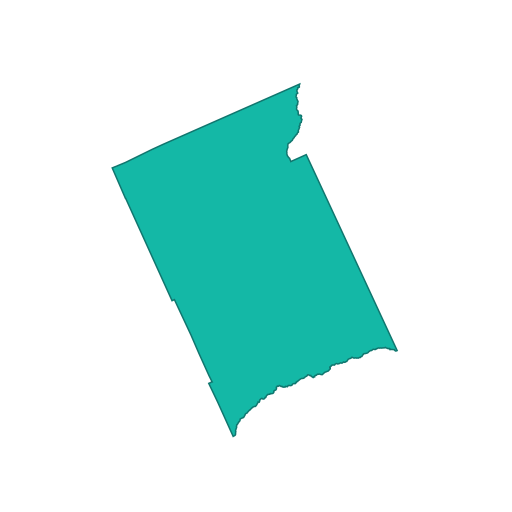 Tandil, Buenos Aires, Argentina (Albers equal-area conic projection), rotated 202°
{"feature_id": "61730980B95090625918861", "entity_name": "Tandil", "entity_type": "district", "adm_level": 2, "iso_a3": "ARG", "parent_name": "Argentina", "parent_adm1": "Buenos Aires", "projection": "albers", "projection_center": [-59.395, -37.335], "detail": "fine", "context": "isolated", "style": "filled", "palette": "teal", "viewbox_px": 512, "rotation_deg": 202, "n_neighbors": 0, "source": "geoboundaries", "source_scale": "gbopen_adm2", "svg_char_len": 6039}
<svg xmlns="http://www.w3.org/2000/svg" viewBox="0 0 512 512"><g transform="rotate(202 256 256)"><path d="M279.9,431.8L383.8,324.9L392.1,316.1L412.1,293.8L422.3,283.8L398.6,260.5L398.4,260.6L317.1,183.1L315.3,185.0L286.7,158.4L272.4,144.3L254.8,127.5L249.6,122.9L249.9,122.8L250.2,122.6L250.2,122.3L250.5,121.8L250.6,121.5L251.6,120.8L251.7,120.6L251.8,120.5L252.1,120.2L236.6,106.0L209.6,80.2L209.3,80.7L208.6,81.3L208.3,81.9L208.1,82.3L208.2,83.2L208.3,83.5L208.5,83.7L208.6,84.3L208.8,84.6L208.9,85.6L209.3,85.9L209.7,87.0L209.6,87.5L209.8,88.6L209.7,89.6L210.0,90.4L210.3,90.6L210.3,91.5L210.5,91.7L210.6,92.4L210.1,93.2L210.1,94.0L209.9,94.5L210.0,95.0L209.7,95.3L209.8,95.9L209.2,97.0L209.3,97.8L209.6,98.9L208.3,100.5L207.8,100.8L207.6,101.3L207.2,101.4L206.9,102.0L206.8,103.1L206.6,104.1L206.7,105.0L206.6,105.5L206.5,105.9L205.4,107.2L205.3,107.5L205.3,108.0L205.0,108.7L204.7,109.6L204.3,110.5L204.3,110.8L204.1,111.0L203.8,111.1L203.7,111.3L203.7,111.5L203.2,112.9L203.1,113.3L202.9,113.6L202.4,114.1L202.2,114.9L200.7,116.2L200.2,116.3L199.7,117.6L199.4,120.1L199.2,120.9L199.2,121.2L199.3,121.4L198.3,121.6L198.2,122.3L198.2,122.6L198.4,122.9L198.3,123.4L198.6,123.9L198.5,124.3L198.1,125.0L197.9,125.5L197.6,125.8L197.3,125.9L197.2,126.2L196.8,126.2L196.6,126.0L195.8,126.0L194.9,126.6L194.5,127.7L194.6,128.2L194.1,128.4L193.9,128.9L194.0,129.2L193.9,130.6L193.4,131.5L193.2,132.1L192.4,132.4L192.0,132.8L191.4,133.0L191.3,133.7L191.1,133.9L190.5,133.9L190.3,134.0L189.0,134.8L188.6,135.4L188.4,136.1L188.8,137.1L188.8,137.3L188.6,137.5L188.7,138.1L188.6,138.3L187.9,138.7L187.3,139.5L187.3,140.7L187.8,141.3L188.0,141.9L188.0,142.1L187.8,142.2L187.6,142.8L187.4,143.0L187.5,143.4L187.3,143.5L186.8,143.4L186.3,143.8L186.0,144.2L186.0,144.6L185.8,144.7L184.5,144.6L184.0,144.4L183.8,144.4L183.8,144.6L183.3,144.8L182.8,144.9L181.9,144.5L181.6,144.6L180.8,145.1L180.5,145.1L179.9,145.4L179.9,146.1L179.2,146.1L178.6,146.6L177.9,146.6L177.8,147.2L177.7,147.4L177.7,147.9L177.5,148.1L176.9,148.2L176.6,148.5L175.9,148.6L175.2,148.8L174.3,149.6L174.3,150.1L174.2,150.3L174.2,150.7L173.6,151.5L172.8,152.2L172.3,152.1L172.1,152.3L171.9,152.3L171.5,152.8L171.6,153.0L171.6,153.9L171.2,154.1L171.1,154.8L170.8,154.9L170.3,155.3L170.3,155.9L170.1,156.4L169.7,156.8L168.9,158.3L168.0,159.4L167.7,159.6L166.7,160.0L166.0,160.6L165.9,160.9L165.6,161.1L165.4,161.5L165.1,162.4L164.0,163.6L163.8,164.0L163.7,164.8L163.6,165.1L163.3,165.4L162.7,165.4L162.0,165.5L161.1,165.3L160.6,165.7L160.4,165.4L159.7,165.3L159.5,165.1L158.0,164.9L157.7,164.7L157.4,164.7L157.3,164.9L157.3,165.4L156.9,165.5L156.9,165.8L156.4,166.0L156.6,166.5L156.5,166.8L156.5,167.1L156.3,167.5L156.1,167.6L155.8,167.6L155.2,168.3L155.1,168.9L154.9,169.0L154.5,169.6L153.9,169.7L153.6,169.8L153.3,170.2L153.0,170.3L151.5,170.4L150.3,170.7L150.0,171.0L149.6,172.0L149.2,172.6L149.0,173.5L148.5,173.9L148.3,174.4L147.8,174.7L147.3,175.1L146.9,175.6L146.0,176.3L145.8,176.8L145.6,177.1L145.5,177.7L145.3,178.3L145.0,178.7L144.9,179.3L145.2,179.9L145.7,180.0L146.0,180.7L145.8,181.0L145.5,181.1L145.4,181.6L145.1,182.0L145.1,182.4L144.9,182.5L144.8,183.2L144.3,183.6L144.0,183.6L143.7,183.9L143.1,184.0L142.3,184.3L142.3,184.6L142.3,185.0L142.1,185.3L141.4,186.2L140.9,186.5L139.8,186.5L139.5,186.8L139.0,187.0L138.8,187.3L138.3,187.6L138.0,188.1L137.6,188.6L136.3,188.8L135.9,189.1L135.2,190.5L134.3,190.5L133.4,191.1L133.4,191.4L132.4,192.2L132.4,192.5L132.1,193.1L131.9,194.6L131.6,195.1L131.1,195.5L130.9,195.9L130.2,196.3L130.1,196.5L129.9,196.6L129.4,197.3L129.3,197.8L129.1,198.1L127.2,198.0L126.4,198.3L126.1,198.4L125.4,199.0L124.5,199.0L123.7,199.4L123.1,199.7L122.8,199.7L121.7,201.0L121.3,201.0L121.2,201.6L120.8,202.1L120.5,202.2L120.2,202.5L120.0,203.8L119.9,204.1L119.9,204.4L119.6,205.0L119.7,205.3L119.5,205.7L119.1,206.1L118.7,206.1L118.3,206.3L117.9,206.7L117.1,207.2L116.5,207.7L116.0,208.3L115.5,209.6L115.1,210.3L114.3,211.3L114.0,211.3L113.7,211.6L113.4,211.7L112.5,213.3L111.9,213.6L110.8,213.8L110.2,214.1L109.8,214.5L109.8,215.1L108.8,215.7L108.4,216.3L107.9,216.7L107.1,216.8L105.8,217.5L105.2,217.6L104.4,218.0L103.8,218.5L103.5,218.5L102.9,218.7L102.7,218.9L102.3,219.1L101.9,219.7L101.2,219.5L100.9,219.6L100.4,219.6L100.1,219.6L99.4,219.5L98.9,219.8L98.4,219.7L97.9,220.1L97.4,220.3L97.1,220.2L97.0,219.7L96.8,219.4L95.9,219.8L95.0,220.3L93.3,220.7L92.8,221.0L92.5,221.0L91.9,220.4L91.1,220.2L90.8,220.3L90.0,220.8L89.7,221.2L247.4,368.8L259.1,356.6L259.4,357.1L260.0,357.6L261.5,359.2L262.6,359.5L264.4,360.7L265.7,362.2L266.1,363.5L266.8,364.5L266.8,365.1L267.1,366.4L267.1,368.5L267.2,368.9L267.7,369.8L268.1,370.9L268.3,372.1L267.8,373.0L267.3,373.5L266.9,374.2L266.6,374.9L266.7,375.2L266.3,375.7L265.7,376.8L265.7,377.2L265.6,377.5L265.6,378.3L265.4,379.1L265.0,379.9L264.9,381.2L264.3,382.4L264.2,383.4L263.9,384.0L263.6,384.3L263.7,385.6L263.4,386.4L263.1,386.7L263.2,387.1L263.3,387.1L263.7,387.7L263.8,389.0L263.7,389.7L263.8,390.5L263.8,391.7L264.4,392.1L264.6,392.5L264.1,393.7L264.3,394.2L264.6,394.4L264.7,394.7L264.7,395.1L264.8,395.5L264.6,396.1L264.2,396.7L264.1,396.8L264.3,397.5L264.4,398.7L264.6,399.4L264.5,399.8L264.7,400.0L265.2,400.0L265.4,400.4L265.9,400.6L265.9,401.1L266.2,401.8L266.0,402.5L266.2,402.8L266.3,402.8L266.6,403.2L266.9,403.3L267.8,403.2L268.7,402.8L269.4,402.7L270.2,403.5L270.2,404.2L270.4,404.5L271.0,405.4L271.1,405.6L271.1,405.8L271.4,406.2L272.2,406.5L273.2,407.0L273.4,407.3L273.8,408.4L273.8,409.1L274.2,409.8L274.7,410.3L274.8,410.6L274.4,411.2L274.3,411.6L274.4,412.1L274.2,412.4L274.3,412.6L274.7,413.1L274.6,413.6L274.8,414.1L274.9,415.0L275.4,415.4L275.6,415.7L276.0,415.8L276.3,416.3L276.9,416.7L277.1,417.1L277.3,417.3L277.4,418.0L278.3,418.3L278.7,418.9L278.7,419.7L279.1,420.6L279.1,421.2L278.9,421.7L278.3,422.4L278.3,422.7L280.0,424.2L280.1,425.0L280.3,425.4L280.0,425.7L280.0,426.4L280.0,427.1L280.4,427.6L280.3,427.8L280.0,428.1L279.4,428.4L279.1,428.8L279.4,429.6L279.8,430.0L280.0,430.9L279.8,431.2L279.9,431.8Z" fill="#14b8a6" stroke="#0f766e" stroke-width="1.5"/></g></svg>